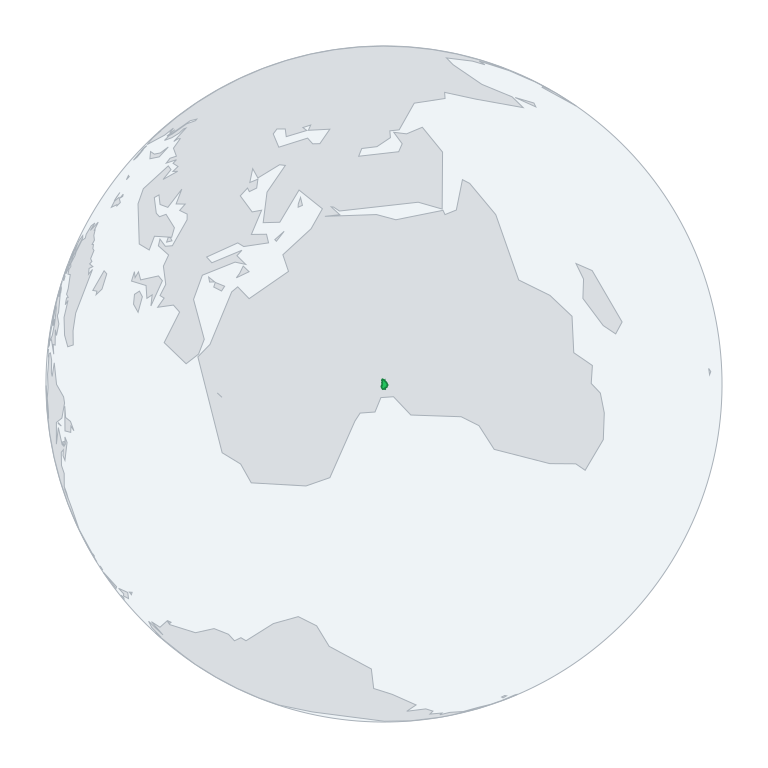 the Earth from above Ouest, rotated 303°
{"feature_id": "CMR-798", "entity_name": "Ouest", "entity_type": "Province", "adm_level": 1, "iso_a3": "CMR", "parent_name": "Cameroon", "parent_adm1": "", "projection": "orthographic", "projection_center": [10.725, 5.593], "detail": "medium", "context": "on_globe", "style": "filled", "palette": "green", "viewbox_px": 768, "rotation_deg": 303, "n_neighbors": 0, "source": "natural_earth", "source_scale": "10m", "svg_char_len": 9258}
<svg xmlns="http://www.w3.org/2000/svg" viewBox="0 0 768 768"><g transform="rotate(303 384 384)"><circle cx="384" cy="384" r="338" fill="#eef3f6" stroke="#a8b0b8"/><path d="M280.1,62.4L281.7,62.0L272.1,65.2L269.8,66.0L267.9,66.7L262.4,68.8L266.1,67.5L254.3,72.2L268.5,67.0L261.1,70.3L252.7,73.7L250.4,74.0L236.9,79.8L280.1,62.4ZM198.7,101.4L191.2,107.0L182.2,113.5L172.3,121.6L178.6,117.2L188.6,109.4L197.9,104.3L209.0,96.5L214.4,93.7L227.1,86.5L228.4,87.3L222.8,92.4L212.4,98.8L209.6,101.6L222.2,95.9L205.3,109.6L198.7,122.3L194.0,126.5L180.0,132.4L173.3,130.2L155.1,142.0L170.1,134.6L158.0,146.9L157.4,149.5L160.0,149.5L165.8,145.2L162.4,150.0L146.2,158.0L149.1,153.8L154.2,150.9L151.0,150.5L140.0,157.9L134.8,164.5L123.8,171.7L119.9,177.0L115.4,182.1L122.3,173.0L109.6,190.1L95.9,207.6L78.3,240.2L85.8,225.0L97.9,204.1L111.5,184.1L126.5,165.2L142.8,147.3L160.3,130.7L179.0,115.4L198.7,101.4ZM50.7,328.2L50.8,327.7L50.2,334.9L53.3,321.8L56.8,315.8L53.2,335.3L58.0,318.4L58.0,328.6L67.2,331.1L65.5,335.3L72.7,361.3L86.3,374.7L89.4,389.9L87.2,398.4L93.3,402.2L93.5,408.1L122.8,421.7L142.2,438.8L144.5,459.2L134.1,480.9L138.1,528.6L123.0,541.2L128.2,560.0L132.3,585.7L121.9,581.3L134.3,596.0L136.3,603.2L132.2,602.3L139.6,611.8L137.0,611.0L144.5,618.1L152.5,628.9L164.5,639.5L173.5,648.0L181.5,654.2L180.3,653.5L182.4,655.1L186.7,658.3L185.2,657.3L163.0,639.7L142.4,620.2L136.0,613.5L138.2,615.9L134.4,611.8L116.0,589.7L101.4,568.1L70.0,502.6L64.5,488.6L57.6,470.9L52.6,450.1L48.7,426.3L46.6,402.4L46.1,378.3L47.1,362.7L49.7,336.0L50.2,331.6L49.6,335.3L50.7,328.2ZM72.8,252.2L73.3,251.3L68.3,270.2L66.3,270.6L67.5,267.9L69.8,260.5L72.2,253.6L72.8,252.2ZM81.9,234.3L82.4,232.6L82.6,232.9L81.9,234.3ZM225.5,86.7L226.2,86.6L223.5,88.0L225.5,86.7ZM230.2,83.9L226.5,85.6L228.2,84.6L230.5,83.5L230.2,83.9ZM234.4,82.2L231.8,82.6L234.9,80.9L246.1,75.8L234.4,82.2ZM293.7,58.4L294.2,58.2L290.7,59.2L293.7,58.4ZM289.1,59.7L294.9,58.1L291.8,59.2L283.3,61.5L289.1,59.7ZM284.4,63.2L284.1,62.6L289.2,61.0L284.4,63.2ZM297.2,57.5L298.3,57.2L300.2,56.7L303.3,56.0L297.2,57.5ZM312.4,53.9L301.3,56.8L300.7,57.8L296.1,59.2L297.9,57.4L312.4,53.9ZM310.7,54.1L305.1,55.5L301.5,56.3L310.7,54.1ZM313.3,53.8L316.0,53.2L313.9,53.7L313.3,53.8ZM322.5,51.9L318.9,52.7L316.4,53.1L322.5,51.9ZM323.8,51.5L327.7,50.8L317.6,52.7L322.8,51.7L323.8,51.5ZM334.0,50.5L321.9,52.8L316.4,53.4L328.9,51.0L334.0,50.5ZM186.9,658.4L187.7,659.1L182.5,655.0L194.7,663.2L196.7,665.1L188.6,659.7L186.9,658.4ZM185.6,654.8L185.5,653.1L188.5,654.9L189.2,656.6L185.6,654.8ZM714.3,312.6L712.7,306.4L717.4,330.9L719.3,342.2L721.2,362.4L719.8,346.5L718.5,339.7L715.0,318.4L706.7,288.0L706.7,294.7L703.0,282.4L691.5,258.8L689.4,268.0L688.6,302.9L694.6,335.1L691.6,350.2L672.9,305.8L661.6,276.0L656.7,279.7L636.0,256.4L605.4,258.3L599.5,251.0L594.1,255.2L579.2,248.8L569.4,237.1L561.2,238.7L586.8,269.8L595.4,268.4L600.4,255.1L606.1,266.7L620.2,276.3L610.4,306.8L562.4,337.5L555.1,313.7L504.8,252.4L504.9,245.3L504.5,244.5L503.8,243.2L501.9,254.7L492.4,243.1L522.0,285.4L528.2,304.5L561.8,338.9L559.3,342.9L569.3,349.9L598.1,338.5L598.9,346.6L586.9,385.5L544.6,440.3L548.7,474.9L543.2,504.8L513.6,526.1L513.0,548.7L497.3,557.5L494.2,570.4L479.7,584.5L456.8,598.2L421.2,599.7L421.5,588.3L407.5,566.4L389.2,512.0L400.8,486.3L398.6,466.6L372.6,423.4L378.5,398.9L370.9,388.8L355.6,391.7L346.6,379.8L337.1,379.8L276.0,389.6L256.0,374.1L228.8,326.5L238.8,307.4L238.2,285.7L305.4,213.1L322.4,216.5L378.3,206.1L385.8,208.4L382.1,224.4L426.4,242.6L437.3,228.8L474.5,238.3L497.4,236.9L500.4,207.1L462.9,208.5L453.5,194.8L481.2,181.4L513.6,182.2L511.0,177.0L488.1,166.0L493.1,156.6L479.9,161.7L487.1,166.7L479.0,170.5L472.0,166.3L474.0,162.8L463.5,161.0L456.5,179.7L463.1,186.7L437.2,191.3L445.6,203.9L439.5,210.3L422.9,191.5L422.7,184.5L393.9,166.1L391.9,173.6L418.8,192.0L411.5,190.8L409.0,202.9L405.1,192.7L376.3,172.4L351.2,178.2L323.6,208.9L308.1,212.2L293.2,207.0L299.0,177.1L333.0,173.4L335.5,164.4L325.1,152.4L336.3,152.8L336.2,148.0L348.7,146.7L362.7,134.8L374.9,133.1L377.0,119.5L383.5,117.2L380.4,125.6L384.7,131.2L414.5,129.4L419.3,126.4L418.3,118.1L426.6,119.3L421.8,111.6L437.3,108.3L414.4,106.5L412.6,98.4L420.0,92.3L415.3,89.8L403.2,100.0L402.0,104.6L407.6,108.8L400.9,123.1L391.4,126.0L382.9,111.0L368.5,114.1L368.1,102.5L401.1,79.6L416.7,75.8L449.4,84.3L447.8,88.6L435.2,87.3L450.0,95.1L447.3,91.2L454.2,92.8L454.2,86.9L459.1,87.8L450.7,81.1L456.8,81.6L462.0,85.8L467.1,79.0L478.7,79.5L477.5,77.7L472.9,75.6L490.7,78.5L489.0,77.1L482.6,75.5L475.0,71.9L468.7,67.2L475.2,68.5L478.3,70.3L494.7,76.8L502.2,82.5L504.2,82.7L499.3,78.1L479.3,70.0L473.6,66.9L483.4,70.1L479.4,68.7L478.6,67.6L483.9,68.0L473.3,64.5L455.9,55.0L464.4,56.0L475.1,59.1L471.8,57.7L495.4,65.0L518.3,73.9L540.6,84.6L562.0,96.8L582.5,110.5L601.9,125.7L620.2,142.3L637.2,160.2L652.8,179.2L667.0,199.4L679.7,220.5L690.9,242.5L700.4,265.3L708.2,288.7L714.3,312.6ZM285.7,249.0L284.6,255.4L285.7,249.0ZM550.6,199.3L568.2,199.8L555.6,182.4L561.3,181.5L554.9,176.3L554.6,181.2L538.2,167.3L544.1,162.3L539.6,155.3L533.4,154.9L525.3,166.8L548.6,186.0L546.6,193.4L550.6,199.3ZM67.6,331.0L68.2,335.2L66.4,334.7L67.6,331.0ZM63.5,278.1L63.6,279.1L62.9,282.4L62.3,282.9L63.5,278.1ZM70.8,283.8L72.1,286.2L69.7,286.9L70.8,283.8ZM68.1,272.7L69.6,282.6L64.9,286.6L64.4,280.8L66.2,280.1L68.1,272.7ZM76.7,244.6L76.3,246.3L74.7,249.6L76.7,244.6ZM82.1,234.6L81.8,234.8L83.1,231.9L82.1,234.6ZM159.0,146.4L160.2,145.9L161.6,147.0L158.7,148.7L159.0,146.4ZM181.9,141.4L175.9,149.4L178.1,144.4L172.8,147.6L170.9,142.0L191.5,128.4L182.5,135.2L181.9,141.4ZM174.1,132.1L173.0,136.3L173.4,132.3L174.1,132.1ZM323.3,125.9L328.7,128.3L325.6,133.8L310.2,138.7L314.5,130.5L323.3,125.9ZM337.0,130.8L332.8,116.2L342.3,113.5L337.7,117.3L344.3,117.0L338.8,123.2L351.8,136.0L349.9,141.9L322.5,146.0L332.5,141.0L326.7,138.5L337.0,130.8ZM305.5,92.7L303.9,88.8L326.5,87.6L325.4,91.5L310.0,95.8L302.1,93.9L305.5,92.7ZM254.7,74.3L252.6,74.7L255.2,73.5L259.2,72.3L254.7,74.3ZM283.8,63.1L266.7,72.1L263.4,72.8L257.3,78.6L246.3,82.9L250.6,78.7L237.5,87.0L237.0,85.0L229.1,90.8L239.9,81.1L238.9,80.4L244.2,79.3L254.4,75.2L258.5,73.3L269.4,67.7L272.2,65.3L282.8,61.8L289.5,60.0L290.4,60.0L283.2,62.1L289.6,60.6L280.0,63.8L283.8,63.1ZM361.6,53.9L352.9,54.1L364.1,56.2L354.5,57.4L356.4,57.6L350.6,59.7L346.9,62.8L342.1,63.2L342.7,64.4L338.9,66.1L338.1,68.0L329.3,69.7L327.7,72.3L324.4,71.7L323.9,75.9L320.3,73.7L315.1,76.4L321.3,77.1L275.6,86.8L259.3,94.2L247.5,102.1L243.0,98.5L251.0,89.5L265.6,79.4L282.0,73.5L276.9,73.5L283.3,70.9L284.6,72.0L286.4,68.9L292.0,67.2L304.9,61.3L304.0,59.1L308.7,57.3L311.9,57.4L314.4,55.7L323.5,54.9L327.1,53.8L339.7,52.4L343.7,54.0L347.4,52.7L357.2,52.3L361.6,53.9ZM337.4,50.1L344.4,50.5L342.6,51.7L321.4,53.8L316.9,54.9L303.3,57.3L306.2,55.7L309.8,55.0L314.0,54.1L311.4,54.9L316.7,53.6L321.8,52.9L327.3,51.8L328.1,52.1L337.4,50.1ZM392.6,202.3L398.0,202.7L406.2,201.7L404.7,209.7L392.6,202.3ZM372.6,188.4L377.3,187.2L379.2,197.1L373.5,197.1L372.6,188.4ZM378.2,178.7L377.4,186.4L374.5,182.2L378.2,178.7ZM384.6,124.4L389.4,123.2L390.5,125.1L388.6,128.2L384.6,124.4ZM392.6,64.0L387.9,63.0L388.9,62.3L383.7,59.1L390.4,58.4L396.2,60.1L392.6,64.0ZM495.0,212.4L489.4,218.3L485.5,215.7L488.2,214.1L495.0,212.4ZM445.6,213.8L457.7,217.1L445.1,216.0L445.6,213.8ZM399.0,62.7L396.0,61.3L401.2,61.9L399.0,62.7ZM395.0,57.9L400.8,58.2L390.6,58.0L395.0,57.9ZM573.9,647.8L572.4,651.3L569.1,652.0L573.9,647.8ZM592.5,496.8L565.7,549.9L552.2,551.0L552.4,536.0L564.1,504.2L580.7,494.2L589.6,479.4L592.5,496.8ZM721.8,393.9L718.9,355.0L720.0,355.1L721.6,369.5L721.8,393.9ZM695.7,338.0L701.3,356.7L699.1,360.4L695.7,338.0ZM451.8,61.6L451.7,66.2L456.0,70.6L465.3,74.0L452.1,71.8L445.4,65.0L451.8,61.6ZM454.7,55.3L446.5,53.3L449.9,53.7L452.3,54.2L454.7,55.3ZM449.8,54.5L439.9,53.4L435.2,52.0L444.0,53.1L449.8,54.5ZM419.7,56.1L419.2,57.4L415.0,56.7L419.7,56.1Z" fill="#d9dde1" stroke="#a8b0b8" stroke-width="1"/><path d="M386.1,380.2L386.3,380.2L386.5,380.1L386.7,379.9L387.2,380.0L387.3,380.1L387.3,380.4L387.3,380.6L387.3,380.8L387.4,381.0L387.4,381.3L387.3,381.6L387.2,381.8L387.3,381.9L387.2,382.0L387.2,382.3L387.3,382.5L387.2,382.7L387.3,382.7L387.3,382.8L387.5,382.8L387.4,382.9L387.2,383.2L387.0,383.3L386.8,383.5L386.7,383.8L386.8,383.9L386.8,384.1L386.9,384.4L386.8,384.5L386.7,384.8L386.7,385.0L386.4,385.5L386.2,385.5L386.1,385.8L386.0,386.2L386.1,386.3L385.8,386.5L385.7,386.5L385.6,386.8L385.5,387.1L385.3,387.7L385.2,387.8L384.8,387.7L384.6,387.5L384.4,387.4L384.3,387.5L384.2,387.6L383.3,388.1L383.1,388.1L382.7,388.0L382.5,387.9L382.4,387.8L382.2,387.5L382.1,387.3L382.0,387.1L381.9,387.0L381.5,387.1L381.3,387.0L381.1,387.3L380.8,387.5L380.6,387.9L380.4,387.9L380.4,387.7L380.2,387.5L380.1,387.2L379.9,387.1L379.7,386.8L379.7,386.7L379.8,386.6L379.8,386.4L379.7,386.2L379.4,385.9L379.2,385.9L379.1,386.0L379.0,385.9L378.9,385.8L379.0,385.4L379.2,385.2L379.4,384.6L379.5,384.5L379.5,384.2L380.1,383.6L380.4,383.5L380.4,383.4L380.3,383.2L380.7,382.9L380.8,382.9L381.2,383.0L381.3,383.0L381.6,383.1L381.6,382.8L382.7,382.6L383.1,382.6L383.3,382.5L383.5,382.1L383.7,381.6L383.8,381.5L384.0,381.4L384.7,381.6L384.8,381.4L385.2,381.3L385.4,381.2L385.5,381.0L385.6,380.9L385.7,380.6L385.6,380.3L385.7,380.2L386.1,380.2Z" fill="#22c55e" stroke="#15803d" stroke-width="1.5"/></g></svg>